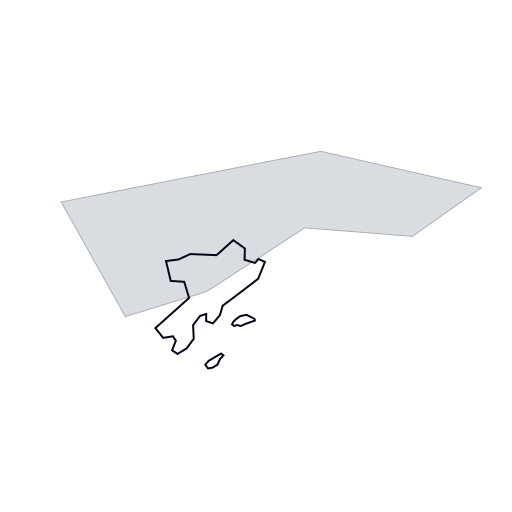 where Port Glaud sits in Seychelles, rotated 284°
{"feature_id": "SYC-5218", "entity_name": "Port Glaud", "entity_type": "state/province", "adm_level": 1, "iso_a3": "SYC", "parent_name": "Seychelles", "parent_adm1": "", "projection": "equal_earth", "projection_center": [55.401, -4.652], "detail": "fine", "context": "in_parent", "style": "outline", "palette": "ink", "viewbox_px": 512, "rotation_deg": 284, "n_neighbors": 0, "source": "natural_earth", "source_scale": "10m", "svg_char_len": 973}
<svg xmlns="http://www.w3.org/2000/svg" viewBox="0 0 512 512"><g transform="rotate(284 256 256)"><path d="M373.2,293.3L376.7,458.1L312.9,402.9L295.1,296.4L209.8,217.0L165.6,143.9L261.3,53.9L373.2,293.3Z" fill="#d9dde1" stroke="#a8b0b8" stroke-width="1"/><path d="M252.4,266.1L234.4,263.6L211.5,245.3L199.7,235.7L189.8,235.3L180.2,230.5L180.8,223.4L187.7,221.7L184.3,216.2L173.7,211.7L160.6,215.6L149.5,211.0L142.0,203.5L144.2,197.4L154.4,198.7L158.0,194.8L154.1,185.7L161.7,175.8L199.1,201.2L213.6,192.6L211.2,179.3L229.3,169.9L233.9,181.6L242.0,191.8L247.3,217.6L265.9,230.1L260.6,243.4L249.6,245.8L249.0,256.7L253.7,259.1L252.4,266.1ZM186.2,249.7L189.1,251.3L193.9,255.2L196.6,261.1L195.4,266.6L194.6,269.8L193.0,270.5L187.7,262.4L184.3,258.1L184.5,254.6L182.8,251.6L183.8,249.4L186.2,249.7ZM138.2,233.1L142.8,235.4L148.6,241.2L152.9,245.8L151.7,248.4L147.6,246.1L141.1,244.8L137.2,240.9L135.3,236.7L138.2,233.1Z" fill="none" stroke="#020617" stroke-width="2"/></g></svg>